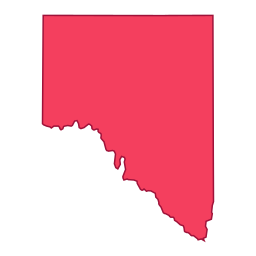 the district of Val Verde, Texas, United States of America
{"feature_id": "52423323B42666839171000", "entity_name": "Val Verde", "entity_type": "district", "adm_level": 2, "iso_a3": "USA", "parent_name": "United States of America", "parent_adm1": "Texas", "projection": "equal_earth", "projection_center": [-101.192, 29.763], "detail": "fine", "context": "isolated", "style": "filled", "palette": "rose", "viewbox_px": 256, "rotation_deg": 0, "n_neighbors": 0, "source": "geoboundaries", "source_scale": "gbopen_adm2", "svg_char_len": 1521}
<svg xmlns="http://www.w3.org/2000/svg" viewBox="0 0 256 256"><path d="M171.2,15.5L169.3,15.5L164.0,15.6L43.2,15.4L42.5,123.7L43.6,124.8L46.7,126.1L50.0,126.9L51.3,128.0L53.9,126.1L58.4,126.1L59.6,127.4L60.0,128.8L61.0,129.8L62.8,128.8L63.5,126.7L64.2,126.2L67.8,125.5L71.2,126.1L72.4,125.4L74.6,121.1L77.0,120.6L78.5,123.6L79.2,127.6L80.9,128.6L84.0,127.6L88.5,124.1L89.7,124.3L91.7,126.0L92.0,128.6L93.1,129.6L94.0,130.0L96.6,129.0L98.1,129.3L98.1,131.4L99.0,132.5L100.5,133.3L101.1,134.1L101.2,135.6L100.9,137.8L101.1,138.4L104.0,141.8L105.9,149.1L106.7,150.5L108.6,151.1L112.6,150.5L114.0,151.0L114.9,152.5L115.5,154.1L114.4,163.8L115.8,167.6L117.8,168.9L120.3,164.3L119.8,159.7L121.6,156.4L124.4,157.4L125.1,159.0L124.3,162.0L125.6,169.5L122.9,176.5L123.0,177.9L123.9,180.0L127.1,179.0L128.3,179.6L133.9,180.0L137.0,181.2L137.3,183.5L140.5,189.3L141.7,190.1L142.8,190.1L144.0,189.0L146.4,191.2L148.3,190.7L150.9,190.9L155.3,193.3L155.8,197.1L158.0,199.4L158.9,202.7L158.8,203.6L159.1,204.6L161.1,207.2L163.3,212.6L164.3,213.4L165.7,213.7L169.4,215.6L169.5,216.3L170.7,217.2L173.2,217.2L174.2,218.3L174.6,220.3L176.8,221.7L180.3,224.8L183.2,225.7L184.0,227.6L184.5,231.2L185.0,231.8L186.8,232.5L188.1,232.6L189.4,233.5L191.0,235.3L191.8,235.7L193.5,235.6L197.6,238.8L198.1,239.8L201.3,239.0L204.1,240.6L203.2,238.4L206.0,237.1L207.1,229.4L205.5,226.3L206.1,221.3L211.4,219.2L212.3,213.6L211.6,212.4L212.3,205.5L213.5,201.6L213.3,157.8L212.9,15.4L171.2,15.5Z" fill="#f43f5e" stroke="#9f1239" stroke-width="1.5"/></svg>